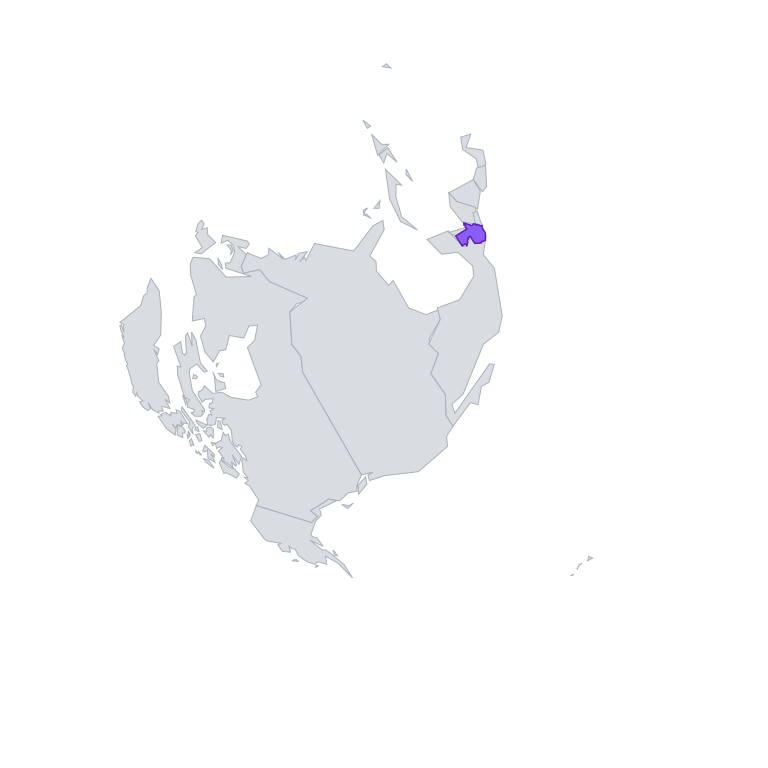 location of Guatemala within North America, rotated 236°
{"feature_id": "GTM", "entity_name": "Guatemala", "entity_type": "country or territory", "adm_level": 0, "iso_a3": "GTM", "parent_name": "North America", "parent_adm1": "", "projection": "orthographic", "projection_center": [-90.227, 15.776], "detail": "coarse", "context": "in_parent", "style": "filled", "palette": "violet", "viewbox_px": 768, "rotation_deg": 236, "n_neighbors": 17, "source": "natural_earth", "source_scale": "50m", "svg_char_len": 9533}
<svg xmlns="http://www.w3.org/2000/svg" viewBox="0 0 768 768"><g transform="rotate(236 384 384)"><path d="M321.3,314.6L315.3,305.1L310.2,301.6L313.7,293.5L312.0,281.7L319.4,274.0L319.9,252.3L311.4,254.9L309.6,246.3L354.6,210.2L357.9,215.2L374.8,215.4L379.4,213.2L380.0,217.8L385.0,215.7L382.6,218.6L389.6,218.1L400.1,223.4L401.8,225.8L397.3,227.4L401.0,228.8L410.2,228.5L411.5,231.2L415.2,229.4L413.6,227.4L415.8,226.2L420.9,226.0L430.7,231.5L438.5,231.3L438.8,228.7L441.2,228.1L444.8,229.6L444.1,233.5L449.9,226.3L445.2,222.0L446.1,217.7L449.1,215.0L453.9,217.4L456.7,221.8L454.5,223.8L458.9,224.6L458.8,228.8L462.1,225.6L465.2,228.2L464.6,231.3L467.3,234.1L471.1,227.4L470.7,223.0L477.7,223.7L481.3,225.5L480.6,229.8L483.0,234.1L471.8,236.8L468.1,244.7L458.2,250.0L446.3,262.7L444.0,272.2L449.1,273.1L452.0,281.7L490.6,291.2L492.6,301.2L503.5,312.1L507.6,304.4L500.5,293.4L510.7,282.9L500.8,271.9L503.5,266.5L497.8,254.9L510.7,253.4L526.4,258.7L531.8,268.7L538.8,271.7L543.4,260.3L562.5,275.2L562.9,278.5L582.6,284.7L592.1,290.7L595.8,296.5L585.5,309.4L560.8,312.9L547.3,334.2L568.3,317.7L573.0,320.0L570.6,324.3L577.2,334.4L583.8,336.5L590.5,334.7L591.9,327.6L597.5,333.4L578.9,350.6L575.3,350.6L573.5,345.6L579.4,339.8L567.9,342.2L561.4,331.3L554.4,329.8L548.4,345.0L532.9,346.3L499.3,368.4L495.5,366.7L499.5,356.8L496.4,346.3L468.1,329.6L453.2,330.6L439.3,323.2L321.3,314.6ZM479.3,255.1L481.3,252.9L485.5,252.8L482.4,256.4L479.3,255.1ZM480.6,211.3L477.6,208.1L487.6,210.8L483.3,210.9L480.6,211.3ZM493.8,258.4L492.1,254.9L494.4,255.9L493.8,258.4ZM453.7,203.9L452.5,205.3L448.0,204.0L451.8,201.6L453.7,203.9ZM454.3,195.4L450.9,195.2L450.7,194.3L453.6,194.4L454.3,195.4ZM448.6,190.9L452.4,192.5L449.5,194.2L448.6,190.9ZM478.0,203.7L455.7,204.4L453.7,199.3L448.9,197.8L457.5,197.8L461.4,201.8L474.9,201.1L478.0,203.7ZM428.7,192.0L432.3,192.6L426.8,192.9L428.7,192.0ZM432.2,189.8L433.9,190.8L429.8,191.0L432.2,189.8ZM598.6,300.8L598.7,309.7L612.4,310.4L613.6,314.6L615.6,313.2L620.7,319.2L621.8,324.4L617.2,324.4L614.2,319.2L612.3,324.9L607.0,321.3L595.4,323.5L594.1,305.2L598.6,300.8ZM471.8,240.4L485.5,247.8L490.1,248.8L480.8,247.4L474.2,252.4L468.8,250.3L471.8,240.4ZM479.5,214.1L484.6,211.3L507.3,218.1L514.5,222.8L511.5,225.1L532.7,230.6L532.9,239.1L522.2,234.1L519.2,235.0L520.2,237.5L535.2,246.4L536.2,249.7L522.9,246.2L534.7,253.5L525.8,252.6L504.1,243.6L493.6,244.7L494.6,241.4L505.2,240.0L505.3,231.9L502.2,228.8L485.6,221.3L463.2,221.0L461.3,219.6L463.5,217.8L460.4,217.8L459.7,213.9L463.2,209.1L468.0,208.1L466.9,210.4L468.8,212.7L474.7,208.0L479.1,211.7L479.5,214.1ZM448.4,209.3L455.6,207.1L459.1,207.9L448.8,214.5L448.4,209.3ZM409.1,196.0L418.8,192.6L423.0,192.7L418.5,196.0L409.1,196.0ZM301.1,284.2L307.7,281.6L302.6,287.1L302.4,291.9L301.1,284.2ZM440.5,189.1L445.7,191.0L446.2,193.9L439.3,191.9L441.1,191.1L440.5,189.1ZM317.4,316.9L310.4,313.7L306.9,301.3L314.4,305.7L317.4,316.9ZM399.4,201.3L410.7,203.5L412.1,206.4L402.7,208.9L396.8,212.6L390.2,213.5L388.6,209.1L398.6,203.6L399.4,201.3ZM430.0,196.4L433.5,201.3L420.3,203.9L418.3,202.5L422.8,201.4L413.6,200.1L420.8,196.5L428.0,200.8L427.9,197.5L430.0,196.4ZM424.2,209.2L429.2,211.2L428.3,217.6L433.9,223.6L430.0,223.7L429.7,226.8L422.0,224.5L403.5,225.4L398.6,218.8L410.0,218.5L399.1,216.4L399.2,214.9L404.9,214.0L399.3,212.2L412.3,207.1L413.6,208.0L411.4,209.5L421.0,209.4L421.7,214.5L423.5,213.1L424.2,209.2ZM439.0,211.7L437.7,209.2L446.0,208.1L444.1,210.8L446.8,212.5L445.7,215.9L441.9,217.3L434.7,212.2L439.0,211.7ZM428.5,207.7L431.1,207.7L432.1,208.6L429.4,210.9L428.5,207.7ZM439.9,198.7L447.5,199.4L445.7,203.6L438.9,201.3L439.9,198.7ZM452.1,187.1L457.4,184.1L465.2,189.7L461.3,193.0L456.0,192.8L454.7,191.5L456.0,189.6L452.1,187.1ZM458.4,182.3L468.5,178.7L483.5,178.6L481.8,182.2L483.8,181.9L482.3,187.3L476.4,189.2L478.3,189.5L477.7,190.1L479.6,191.5L475.4,196.0L478.8,197.3L475.4,199.5L460.8,198.9L463.4,196.5L462.5,194.2L467.4,195.3L462.8,192.7L466.1,189.6L463.5,186.9L469.1,186.2L462.6,186.2L458.4,182.3ZM498.5,231.7L494.5,233.5L493.2,231.5L495.5,228.4L498.5,231.7ZM441.2,221.7L446.5,226.0L444.7,227.4L436.8,224.5L441.2,221.7ZM569.0,313.9L576.0,313.9L581.5,316.7L573.8,316.0L569.0,313.9ZM577.4,329.5L580.0,332.1L587.1,331.8L584.6,335.0L578.3,333.3L577.4,329.5Z" fill="#d9dde1" stroke="#a8b0b8" stroke-width="1"/><path d="M321.3,314.6L439.3,323.2L453.2,330.6L468.1,329.6L496.4,346.3L498.0,368.4L532.9,346.3L548.4,345.0L554.4,329.8L561.4,331.3L569.3,344.0L556.9,352.2L555.7,360.6L560.9,364.4L543.7,370.4L552.4,369.7L542.7,371.6L540.1,383.2L536.3,379.9L539.9,386.6L536.5,394.4L532.4,382.4L533.6,389.1L530.0,388.3L539.3,404.9L511.2,433.3L521.3,463.2L520.2,474.5L511.8,470.4L498.1,443.7L490.0,445.9L482.2,441.0L463.4,442.8L464.5,449.4L433.2,447.0L418.0,457.6L414.9,470.9L406.1,466.9L396.2,446.4L378.8,446.1L366.4,428.7L341.0,429.1L323.2,417.9L310.4,417.5L306.0,406.9L296.8,401.7L292.1,363.5L307.7,333.4L312.1,317.9L317.6,319.8L317.1,325.4L321.3,314.6ZM354.6,210.2L309.6,246.3L311.4,254.9L319.9,252.3L319.4,274.0L313.8,279.1L316.5,260.8L310.4,258.6L308.5,250.4L300.2,239.4L297.2,239.4L294.1,242.4L283.4,242.8L296.2,235.1L280.7,240.1L279.3,242.7L274.1,244.8L256.5,250.0L240.9,249.5L261.6,245.5L274.0,239.2L266.5,235.7L273.3,230.2L273.5,225.8L278.6,221.5L282.3,219.8L289.5,217.1L296.6,218.0L299.6,215.2L302.5,214.5L296.9,212.4L302.1,206.2L310.0,206.0L309.5,209.5L319.4,199.2L322.9,198.1L345.1,196.9L354.6,210.2ZM288.7,209.2L288.8,210.5L287.4,213.2L285.0,213.6L288.7,209.2ZM123.6,454.0L126.6,457.3L123.0,459.7L123.6,454.0ZM125.1,444.8L124.6,447.9L124.6,445.2L125.1,444.8ZM123.9,442.4L124.7,444.1L123.5,443.1L123.9,442.4ZM122.0,440.4L123.2,441.1L122.9,441.4L122.0,440.4ZM120.8,432.2L120.2,434.7L119.9,433.0L120.8,432.2ZM270.1,224.9L272.0,226.3L269.9,227.7L270.1,224.9ZM269.8,247.3L274.7,249.0L267.7,249.4L269.8,247.3Z" fill="#d9dde1" stroke="#a8b0b8" stroke-width="1"/><path d="M576.6,507.9L577.8,519.3L560.6,518.7L573.5,515.4L567.4,507.4L576.6,507.9Z" fill="#d9dde1" stroke="#a8b0b8" stroke-width="1"/><path d="M580.0,522.1L577.2,506.7L598.0,513.4L583.9,516.1L580.0,522.1Z" fill="#d9dde1" stroke="#a8b0b8" stroke-width="1"/><path d="M528.4,465.9L534.5,462.7L534.8,464.4L528.4,465.9ZM534.7,461.4L539.7,464.1L539.2,468.9L537.7,464.6L534.7,461.4ZM532.5,478.1L535.3,473.9L538.3,483.3L532.5,478.1Z" fill="#d9dde1" stroke="#a8b0b8" stroke-width="1"/><path d="M494.2,176.5L494.1,173.3L499.0,171.4L506.0,171.3L504.8,174.6L511.9,173.1L515.1,174.4L512.7,171.3L517.6,171.2L522.4,175.2L523.6,174.6L531.6,177.7L538.6,179.8L543.3,180.7L543.9,182.7L548.2,183.1L553.6,184.9L553.6,185.6L559.7,187.0L562.8,191.5L570.6,193.8L567.7,194.7L575.0,195.7L580.2,197.7L579.8,199.3L572.3,197.6L576.6,199.4L578.5,201.6L582.8,199.6L584.9,225.7L591.6,234.3L591.8,238.5L596.2,241.5L601.9,249.9L587.0,249.7L568.1,239.6L549.4,226.2L544.8,214.6L538.9,217.3L535.0,212.7L541.3,212.5L529.2,210.3L527.7,206.7L511.0,198.1L494.5,198.4L488.0,195.8L493.7,194.0L483.3,192.8L489.5,187.8L488.9,186.7L485.0,186.0L487.4,182.0L485.6,180.9L492.6,177.6L500.3,178.3L494.2,176.5Z" fill="#d9dde1" stroke="#a8b0b8" stroke-width="1"/><path d="M310.4,417.5L323.2,417.9L341.0,429.1L366.4,428.7L378.8,446.1L392.3,443.5L406.1,466.9L417.3,470.7L411.6,493.7L423.1,518.7L432.4,523.6L452.0,518.8L459.3,504.4L479.8,500.5L475.1,522.9L454.6,526.0L451.7,529.9L458.1,538.0L449.7,538.0L446.4,548.4L435.7,538.7L418.1,540.2L374.4,520.1L362.8,508.0L361.4,488.6L331.4,444.0L329.3,429.0L320.1,426.4L341.7,482.9L338.5,486.3L326.8,472.0L327.5,463.5L314.3,450.3L320.3,445.4L310.4,417.5Z" fill="#d9dde1" stroke="#a8b0b8" stroke-width="1"/><path d="M545.8,585.7L542.6,595.7L534.1,584.2L522.6,596.8L509.4,591.5L508.6,582.1L518.7,586.4L534.6,580.4L545.8,585.7Z" fill="#d9dde1" stroke="#a8b0b8" stroke-width="1"/><path d="M511.2,581.4L508.6,590.5L490.3,579.5L488.4,573.0L503.6,572.3L511.2,581.4Z" fill="#d9dde1" stroke="#a8b0b8" stroke-width="1"/><path d="M503.6,572.3L489.9,571.6L476.7,559.4L494.6,546.3L506.2,544.5L503.6,572.3Z" fill="#d9dde1" stroke="#a8b0b8" stroke-width="1"/><path d="M506.2,544.5L494.6,546.3L479.0,558.9L465.4,549.2L474.9,539.3L494.0,538.1L506.2,544.5Z" fill="#d9dde1" stroke="#a8b0b8" stroke-width="1"/><path d="M465.4,549.2L476.3,553.5L475.1,557.8L460.5,553.9L465.4,549.2Z" fill="#d9dde1" stroke="#a8b0b8" stroke-width="1"/><path d="M466.7,526.1L473.4,522.4L468.2,539.2L466.2,539.2L466.7,526.1Z" fill="#d9dde1" stroke="#a8b0b8" stroke-width="1"/><path d="M605.3,513.2L614.5,514.1L605.3,517.1L605.3,513.2Z" fill="#d9dde1" stroke="#a8b0b8" stroke-width="1"/><path d="M536.2,521.1L545.2,519.4L549.9,522.6L536.2,521.1Z" fill="#d9dde1" stroke="#a8b0b8" stroke-width="1"/><path d="M509.4,488.6L534.1,492.0L561.1,505.3L539.1,509.8L543.0,505.8L532.2,498.3L512.6,492.2L492.9,497.9L509.4,488.6Z" fill="#d9dde1" stroke="#a8b0b8" stroke-width="1"/><path d="M642.1,566.3L647.9,560.2L648.1,565.2L642.1,566.3Z" fill="#d9dde1" stroke="#a8b0b8" stroke-width="1"/><path d="M446.4,548.3L446.9,547.3L446.7,546.5L446.9,545.5L447.5,544.7L446.6,543.6L446.6,543.3L449.8,537.9L458.2,538.0L458.1,537.3L458.4,535.8L458.1,535.5L457.0,535.0L457.0,534.6L456.5,533.6L454.8,532.5L453.9,531.8L452.5,530.2L451.9,529.9L454.7,529.9L454.7,526.1L466.6,526.1L466.2,539.2L468.4,539.2L470.3,540.0L470.8,539.4L470.4,538.8L472.8,540.2L468.0,544.2L466.6,545.0L466.3,546.2L466.7,547.5L466.6,548.0L465.9,548.5L465.4,549.3L465.0,549.2L464.0,549.4L464.2,550.5L463.3,550.9L462.8,551.6L462.0,551.8L460.8,552.8L460.5,553.2L460.5,553.9L458.0,552.8L457.1,552.6L453.6,552.6L452.0,552.2L449.1,550.5L446.4,548.3Z" fill="#8b5cf6" stroke="#5b21b6" stroke-width="1.5"/></g></svg>